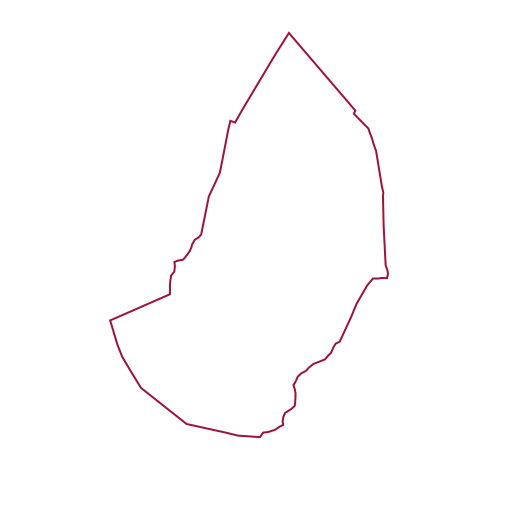 the district of Atalaia, Alagoas, Brazil, rotated 318°
{"feature_id": "56859067B90455625956107", "entity_name": "Atalaia", "entity_type": "district", "adm_level": 2, "iso_a3": "BRA", "parent_name": "Brazil", "parent_adm1": "Alagoas", "projection": "albers", "projection_center": [-36.08, -9.497], "detail": "fine", "context": "isolated", "style": "outline", "palette": "rose", "viewbox_px": 512, "rotation_deg": 318, "n_neighbors": 0, "source": "geoboundaries", "source_scale": "gbopen_adm2", "svg_char_len": 1276}
<svg xmlns="http://www.w3.org/2000/svg" viewBox="0 0 512 512"><g transform="rotate(318 256 256)"><path d="M393.2,293.9L395.5,289.5L415.6,258.2L417.1,254.3L418.5,251.0L420.9,246.3L422.5,241.9L424.8,236.5L423.9,215.8L427.1,214.5L427.6,197.1L427.7,191.2L429.7,112.3L406.5,118.8L396.9,121.7L344.2,138.0L329.8,142.8L327.4,138.4L320.4,143.2L292.4,164.3L284.7,170.0L260.8,180.2L229.7,203.3L226.1,203.8L221.3,203.0L216.4,204.6L213.5,206.5L210.0,208.0L205.5,209.1L199.6,210.0L194.7,207.1L191.4,205.9L188.7,209.5L184.8,213.0L179.9,213.7L176.1,216.8L172.2,220.4L169.7,223.4L166.4,226.8L104.5,206.3L93.7,229.2L89.2,241.2L85.7,258.4L82.3,277.2L92.0,334.4L97.3,341.8L114.9,366.4L122.5,377.5L137.8,393.3L143.1,392.0L147.3,395.0L150.6,396.4L153.7,397.9L159.0,398.6L163.2,399.7L165.2,396.6L168.8,393.8L172.6,392.1L176.5,392.7L179.7,393.3L184.4,393.3L187.4,390.8L190.5,387.7L193.6,384.4L195.7,380.9L197.4,377.0L201.1,376.0L206.3,373.6L211.2,373.5L216.2,374.8L220.8,374.3L226.7,374.7L232.4,376.9L238.1,379.0L243.1,378.3L247.1,378.1L252.4,375.7L256.6,374.4L260.8,375.7L285.6,365.1L298.8,358.8L318.8,352.3L327.8,351.0L331.6,354.4L334.9,356.6L338.5,360.1L342.2,357.5L344.2,354.4L346.1,349.7L370.7,319.4L374.1,315.4L390.4,296.5L393.2,293.9Z" fill="none" stroke="#9f1239" stroke-width="2"/></g></svg>